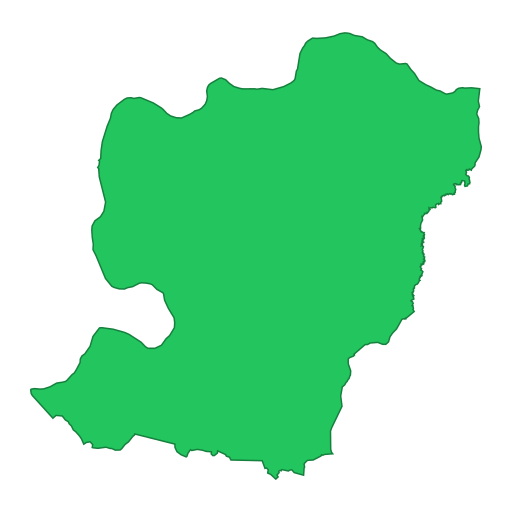 outline of Kintampo North Municipal, Brong Ahafo, Ghana
{"feature_id": "2480657B78031413348906", "entity_name": "Kintampo North Municipal", "entity_type": "district", "adm_level": 2, "iso_a3": "GHA", "parent_name": "Ghana", "parent_adm1": "Brong Ahafo", "projection": "robinson", "projection_center": [-1.417, 8.387], "detail": "fine", "context": "isolated", "style": "filled", "palette": "green", "viewbox_px": 512, "rotation_deg": 0, "n_neighbors": 0, "source": "geoboundaries", "source_scale": "gbopen_adm2", "svg_char_len": 5995}
<svg xmlns="http://www.w3.org/2000/svg" viewBox="0 0 512 512"><path d="M303.6,475.2L304.1,467.9L304.6,467.2L304.1,464.4L304.4,463.4L306.8,460.9L307.9,460.3L313.2,460.0L321.0,456.0L321.5,454.8L322.8,455.2L324.8,454.4L332.7,453.8L331.4,452.0L330.7,449.2L330.5,431.0L331.7,427.7L342.0,406.3L340.7,396.0L342.3,386.9L344.7,384.9L346.1,382.3L347.0,381.6L348.0,379.7L349.1,378.4L349.8,376.1L350.4,375.2L350.7,370.9L348.3,363.9L348.2,359.1L349.4,357.7L353.5,356.1L354.5,355.0L354.0,354.2L365.1,344.6L367.6,344.5L370.2,343.0L377.8,342.4L382.6,344.3L385.8,344.3L388.5,341.9L390.0,336.8L392.6,333.0L396.5,329.0L402.0,319.2L404.2,318.7L404.9,319.1L405.3,318.5L405.9,318.6L405.8,318.0L406.3,318.0L414.2,311.5L412.9,309.4L413.4,308.6L413.2,307.0L412.2,305.8L412.9,305.6L412.5,304.2L413.2,303.4L412.4,301.6L411.5,301.5L411.0,300.7L412.4,299.6L413.7,299.3L413.8,298.1L413.1,297.0L413.8,295.8L413.1,295.7L413.1,295.0L412.6,295.3L412.2,294.1L412.9,292.7L412.3,292.4L413.6,291.2L413.6,289.6L413.2,289.2L413.8,288.1L414.4,288.1L414.5,285.8L416.0,284.5L417.3,284.1L418.4,282.7L419.2,280.9L420.0,280.4L419.3,279.8L419.3,278.6L420.2,277.6L419.9,277.1L420.5,276.7L420.3,276.3L421.0,275.4L421.7,275.9L422.0,275.6L421.8,274.4L422.9,271.7L421.3,270.0L420.9,270.0L421.5,268.5L421.0,268.2L420.2,266.5L421.1,266.0L421.2,264.2L422.1,264.7L422.7,263.6L422.8,264.1L423.2,263.7L423.6,264.0L424.0,262.6L423.5,261.7L424.7,261.5L424.3,260.7L424.9,260.2L424.2,259.4L424.3,258.9L423.7,258.9L424.7,257.1L423.6,256.4L423.8,255.2L423.3,254.7L424.0,254.1L422.5,252.9L423.0,252.6L422.6,251.8L423.0,250.8L422.2,249.3L423.0,248.2L423.4,246.6L422.5,246.1L422.6,245.3L422.2,245.0L421.4,245.5L421.7,244.6L421.3,244.0L421.8,243.1L422.4,243.7L422.5,242.6L423.2,242.5L422.2,241.7L423.3,241.1L422.2,240.3L423.2,239.5L422.5,238.9L423.9,238.6L423.5,238.0L424.3,237.8L424.1,236.7L423.3,236.2L423.5,235.6L424.1,235.9L424.5,234.4L423.7,233.3L424.1,232.6L422.7,232.5L421.8,231.6L421.2,231.9L420.8,231.5L420.6,230.1L419.9,229.7L420.4,228.8L419.7,228.4L420.6,228.0L420.5,225.6L420.9,223.4L422.6,220.0L422.0,216.7L422.5,217.0L423.6,215.1L424.8,214.1L424.6,213.4L426.4,213.5L426.9,212.6L427.2,213.1L428.7,211.4L429.1,210.2L430.0,209.6L429.0,208.8L429.0,207.9L429.6,208.5L430.7,207.7L432.1,207.9L432.9,207.3L435.5,207.7L435.9,207.4L435.6,205.1L436.7,204.0L438.5,203.5L438.7,204.4L439.8,203.6L440.8,203.7L440.8,202.0L441.6,201.5L441.6,200.2L441.0,197.2L441.5,196.6L441.8,197.0L442.4,195.8L444.1,195.2L444.3,195.8L445.9,194.9L446.1,194.1L446.9,194.5L447.6,193.9L448.4,194.6L449.7,193.6L450.5,194.1L451.4,193.7L452.3,194.7L454.4,194.2L454.0,193.3L455.2,192.6L455.2,190.8L455.8,189.5L454.9,187.4L455.2,186.2L453.5,184.7L453.7,184.1L455.3,183.6L456.4,184.6L456.9,184.0L457.8,184.8L460.5,184.6L460.8,183.8L460.4,183.2L461.4,182.7L461.8,181.9L461.5,181.3L462.1,180.5L464.6,181.0L465.0,183.5L464.5,185.1L465.0,186.4L467.5,185.9L468.2,183.9L469.6,183.8L470.0,182.1L469.6,181.7L469.6,180.1L469.1,179.3L469.4,177.4L468.4,176.0L467.3,175.9L465.7,174.3L466.5,172.6L465.8,170.4L466.8,169.6L467.2,170.3L468.9,170.0L469.3,169.0L471.3,170.2L471.8,168.8L474.5,166.3L475.1,164.9L475.0,163.0L479.0,157.0L481.0,149.7L481.3,146.7L479.0,138.2L478.5,131.9L478.5,126.6L479.0,122.9L478.7,118.5L476.7,114.0L477.6,110.3L479.5,106.6L478.3,101.1L479.8,88.7L471.6,87.8L464.8,88.1L462.6,87.7L458.8,88.2L456.3,89.6L455.1,91.3L452.8,92.9L446.8,94.1L445.3,93.8L440.0,90.9L436.6,90.2L430.8,87.0L426.1,84.9L418.9,80.5L414.6,73.6L410.8,69.4L407.0,64.0L405.5,63.5L399.6,64.1L396.3,63.1L390.2,58.2L386.3,53.8L380.3,49.9L377.3,47.0L374.7,43.2L372.6,41.6L367.3,39.8L362.3,36.8L354.2,35.4L349.8,33.5L347.5,33.1L344.6,32.9L340.0,33.7L334.0,36.1L325.4,37.9L316.7,38.4L312.5,38.1L307.7,41.1L305.7,43.1L304.4,45.8L302.8,47.8L300.0,53.5L297.5,69.1L296.4,71.0L295.1,78.6L294.2,80.4L290.9,83.0L283.7,86.6L272.9,89.7L262.1,88.4L257.1,89.2L254.7,88.8L243.0,88.9L239.6,88.3L234.0,86.6L229.4,83.4L225.6,79.7L221.4,78.0L219.5,78.3L210.8,83.3L208.9,84.9L207.5,87.3L206.7,90.9L207.4,96.7L206.7,100.7L205.3,104.1L201.8,108.0L199.3,109.7L194.6,111.0L193.2,112.3L189.8,114.3L181.5,118.0L176.1,117.7L170.5,115.9L166.7,113.3L163.1,109.4L161.1,107.8L153.4,103.0L141.0,97.8L139.4,97.5L133.9,98.4L130.9,97.7L127.1,98.0L124.4,99.3L116.9,105.0L113.2,109.4L111.4,113.2L110.4,118.4L107.2,126.1L102.4,141.5L101.1,150.4L100.7,158.5L98.7,160.4L99.5,161.1L99.2,163.9L99.0,165.4L97.7,167.5L98.7,168.6L99.3,177.0L105.6,202.1L103.9,211.2L100.5,216.7L94.9,220.8L92.1,226.1L91.8,230.2L92.3,237.7L93.3,244.1L93.0,249.6L96.1,255.8L105.5,278.5L111.8,286.3L114.3,287.5L119.3,288.9L124.6,289.0L127.7,287.6L132.5,286.7L139.4,283.2L141.7,282.8L146.2,283.1L150.4,283.9L152.3,284.7L156.9,289.4L163.0,292.8L163.6,294.1L164.6,300.2L168.4,308.4L174.1,317.8L174.7,322.8L174.4,327.7L169.7,335.5L166.1,338.7L161.5,345.2L155.0,348.3L147.9,348.3L145.4,346.7L141.1,342.2L128.9,334.3L124.5,332.4L113.1,329.2L101.8,327.7L99.5,327.9L93.0,336.4L90.1,346.3L84.8,353.9L81.9,356.0L80.3,359.0L80.1,362.6L76.5,369.4L74.3,373.0L72.2,374.5L66.9,380.4L65.8,381.3L63.1,382.1L56.6,383.1L50.1,386.8L43.6,388.9L40.2,389.1L34.3,388.6L31.1,389.2L30.7,389.8L31.2,393.6L32.4,395.6L52.9,418.2L56.1,415.4L62.3,416.0L65.4,420.0L68.3,421.7L69.2,423.8L71.4,425.9L73.3,429.9L75.8,431.8L79.6,436.1L81.5,439.0L83.8,444.2L86.3,442.5L90.1,441.8L92.7,444.6L92.2,447.5L93.1,447.8L97.9,448.3L106.1,447.2L110.2,448.5L111.8,448.5L115.2,450.1L120.2,450.0L121.7,448.7L125.0,444.5L128.5,441.9L132.8,436.4L134.5,435.0L134.8,434.0L174.9,444.1L175.0,447.5L177.0,451.7L181.0,454.7L186.1,456.9L186.8,456.5L188.0,453.2L190.4,449.7L191.7,450.5L197.4,449.4L202.8,450.3L206.1,451.4L211.4,451.8L211.2,453.9L212.8,455.6L214.3,455.6L217.4,453.1L217.6,450.9L225.5,454.5L226.4,456.2L229.5,457.2L230.9,460.0L262.2,460.7L265.0,468.4L266.5,468.0L268.2,469.6L267.7,473.1L270.6,474.3L275.8,479.1L278.1,476.9L277.0,475.0L279.1,472.7L278.7,471.8L279.2,470.8L280.5,470.4L281.1,470.8L281.9,469.6L288.4,471.0L289.9,470.0L291.9,469.9L294.2,472.6L303.6,475.2Z" fill="#22c55e" stroke="#15803d" stroke-width="1.5"/></svg>